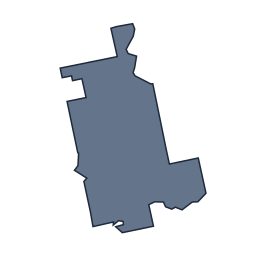 Prairie, Arkansas, United States of America (Natural Earth projection), rotated 167°
{"feature_id": "52423323B23335905027720", "entity_name": "Prairie", "entity_type": "district", "adm_level": 2, "iso_a3": "USA", "parent_name": "United States of America", "parent_adm1": "Arkansas", "projection": "natural_earth1", "projection_center": [-91.556, 34.786], "detail": "fine", "context": "isolated", "style": "filled", "palette": "slate", "viewbox_px": 256, "rotation_deg": 167, "n_neighbors": 0, "source": "geoboundaries", "source_scale": "gbopen_adm2", "svg_char_len": 746}
<svg xmlns="http://www.w3.org/2000/svg" viewBox="0 0 256 256"><g transform="rotate(167 128 128)"><path d="M100.0,228.6L116.6,229.4L122.2,229.0L122.4,200.0L180.6,201.6L180.8,191.8L171.3,191.5L171.4,186.6L161.8,186.4L162.0,167.1L181.4,167.6L182.5,115.2L181.8,114.5L185.2,102.6L189.7,98.8L179.4,88.4L183.0,85.9L183.5,54.6L184.3,39.8L163.3,39.7L164.2,36.8L158.1,39.8L153.8,38.1L154.2,34.9L162.2,34.6L157.1,27.3L125.3,26.6L125.0,48.6L118.7,50.1L110.1,47.9L109.1,42.8L103.6,39.1L99.7,40.2L93.8,36.1L82.1,41.4L76.5,40.4L66.7,46.9L66.3,83.0L95.8,83.6L95.6,98.1L93.9,165.6L96.0,165.9L109.4,177.2L110.6,180.8L108.0,185.2L103.5,196.1L111.1,200.5L112.1,205.1L102.2,216.3L99.2,222.9L100.0,228.6Z" fill="#64748b" stroke="#1e293b" stroke-width="1.5"/></g></svg>